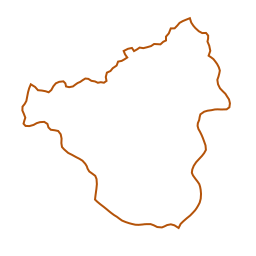 the district of São José da Barra, Minas Gerais, Brazil, rotated 85°
{"feature_id": "56859067B48655576438167", "entity_name": "São José da Barra", "entity_type": "district", "adm_level": 2, "iso_a3": "BRA", "parent_name": "Brazil", "parent_adm1": "Minas Gerais", "projection": "orthographic", "projection_center": [-46.25, -20.76], "detail": "fine", "context": "isolated", "style": "outline", "palette": "amber", "viewbox_px": 256, "rotation_deg": 85, "n_neighbors": 0, "source": "geoboundaries", "source_scale": "gbopen_adm2", "svg_char_len": 2432}
<svg xmlns="http://www.w3.org/2000/svg" viewBox="0 0 256 256"><g transform="rotate(85 128 128)"><path d="M104.9,230.5L108.8,229.4L111.6,230.6L114.6,231.7L117.0,229.9L117.5,226.1L116.7,221.8L115.2,218.5L114.5,215.2L114.6,210.9L116.9,207.9L120.5,207.2L123.0,205.1L123.9,201.1L124.9,197.8L128.4,195.6L132.7,195.1L137.3,195.7L141.2,195.4L143.6,193.6L145.5,191.8L147.6,189.8L149.8,186.2L152.5,182.2L154.5,179.0L156.6,176.2L159.9,173.7L162.5,172.4L165.0,171.8L167.9,170.4L170.4,167.5L172.8,164.8L176.1,163.8L181.2,163.9L186.0,164.8L189.5,165.6L192.6,166.3L196.4,167.1L198.5,165.3L201.2,162.6L204.5,159.0L207.1,156.3L209.2,154.2L211.2,152.1L213.5,149.5L215.5,146.8L217.4,144.7L219.7,142.0L221.5,138.5L223.0,135.0L224.0,132.2L225.0,129.1L225.4,125.9L225.4,122.3L225.3,119.4L225.7,113.9L227.1,110.9L229.2,107.5L230.0,102.9L229.2,100.3L228.1,97.5L227.7,93.7L229.0,90.2L232.0,86.3L228.1,83.9L225.8,81.1L223.1,77.4L220.6,73.7L218.1,70.8L215.8,68.3L213.8,66.6L211.3,64.8L208.6,63.1L204.7,61.7L200.0,61.0L195.9,61.0L192.8,61.3L190.1,61.9L187.4,63.4L184.3,65.4L180.9,67.4L178.2,68.3L175.0,67.6L171.4,65.8L168.0,63.1L164.8,59.6L162.2,56.7L159.6,54.3L156.6,52.3L152.1,52.3L148.2,53.3L144.5,54.3L141.1,55.4L137.8,56.7L135.2,57.9L132.0,58.5L129.3,58.0L126.2,56.4L123.5,55.7L120.7,54.7L118.4,50.7L117.7,47.2L117.5,43.1L117.1,39.9L117.2,37.2L117.7,33.3L118.0,28.1L116.2,25.2L112.3,24.3L108.3,24.9L105.7,26.3L102.4,28.0L99.5,30.5L96.5,32.9L92.3,34.5L87.8,34.8L84.7,33.4L81.6,32.3L78.8,31.5L75.5,32.2L72.1,33.6L69.4,35.2L66.8,36.9L64.9,39.0L63.0,41.4L58.3,39.3L53.1,39.9L48.8,41.3L45.9,40.4L42.9,40.1L40.1,42.0L39.9,45.8L37.8,49.0L34.3,52.2L31.8,54.0L28.5,55.8L24.0,56.8L25.0,60.1L26.3,64.2L27.8,67.5L30.4,70.1L32.8,72.9L32.5,76.7L37.3,79.1L40.3,82.2L44.1,82.5L45.2,85.4L47.5,88.4L47.0,91.7L46.6,94.7L48.4,97.9L49.2,102.0L49.8,105.8L48.9,109.4L50.5,112.2L51.9,115.3L48.6,117.1L49.1,121.1L50.9,125.6L54.4,124.5L57.7,122.6L59.3,125.6L60.6,128.5L61.0,132.1L64.8,133.9L67.1,138.0L69.7,140.5L71.0,144.2L75.3,145.7L79.2,145.3L80.8,148.0L80.0,151.1L80.3,154.1L78.7,156.9L77.8,160.4L75.6,163.2L75.0,166.2L76.4,169.0L77.9,171.6L78.8,174.3L80.2,176.7L81.8,179.2L82.2,183.1L81.2,186.1L78.1,186.5L75.9,188.3L76.0,192.5L77.2,196.0L79.9,198.7L83.5,201.1L85.5,203.9L84.2,206.9L83.2,210.5L82.5,214.4L79.0,217.0L76.0,221.0L79.8,223.0L83.5,224.4L87.3,225.5L92.2,226.9L94.9,228.7L97.5,231.2L101.3,231.7L104.9,230.5Z" fill="none" stroke="#b45309" stroke-width="2"/></g></svg>